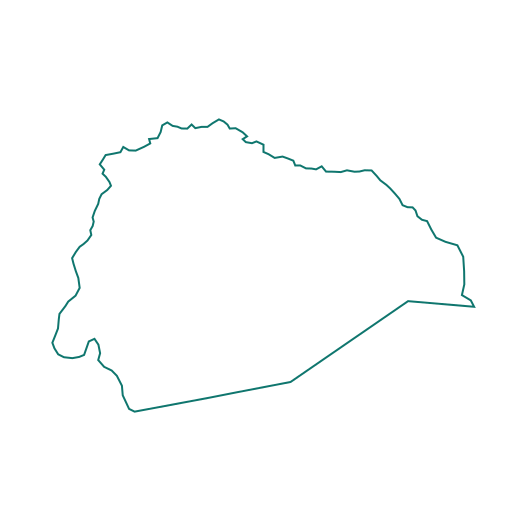 Palminópolis, Goiás, Brazil, rotated 84°
{"feature_id": "56859067B71673354541493", "entity_name": "Palminópolis", "entity_type": "district", "adm_level": 2, "iso_a3": "BRA", "parent_name": "Brazil", "parent_adm1": "Goiás", "projection": "robinson", "projection_center": [-50.228, -16.81], "detail": "fine", "context": "isolated", "style": "outline", "palette": "teal", "viewbox_px": 512, "rotation_deg": 84, "n_neighbors": 0, "source": "geoboundaries", "source_scale": "gbopen_adm2", "svg_char_len": 1770}
<svg xmlns="http://www.w3.org/2000/svg" viewBox="0 0 512 512"><g transform="rotate(84 256 256)"><path d="M142.1,243.6L143.4,248.2L141.7,254.2L138.4,257.0L136.1,252.4L131.6,256.3L126.8,262.9L126.5,268.8L122.4,270.6L118.8,274.1L116.3,278.6L119.4,285.3L122.5,290.7L121.9,296.8L122.5,303.0L118.5,306.3L122.1,311.0L121.4,316.7L119.2,320.6L117.9,325.3L113.9,330.2L116.3,335.6L122.8,337.9L128.5,341.6L128.5,350.1L133.0,349.4L135.7,355.9L138.6,364.6L137.7,371.2L133.7,376.6L138.6,380.0L139.3,387.0L139.9,395.0L144.1,398.2L148.5,401.8L154.3,397.9L158.1,400.0L161.5,397.1L167.1,394.0L171.0,392.9L174.8,397.0L178.4,403.1L182.8,405.9L187.7,407.5L194.3,411.6L200.6,414.5L204.8,413.8L209.1,415.3L213.0,418.1L217.9,417.6L223.0,422.0L226.1,426.3L228.4,430.4L233.1,434.7L238.9,439.1L244.6,438.3L252.1,436.8L259.3,435.0L269.3,434.7L276.6,439.6L281.7,447.5L285.9,450.8L293.0,457.5L298.1,458.7L307.4,460.5L314.2,464.0L321.0,467.6L326.8,466.1L333.1,463.0L336.6,457.6L338.4,449.3L337.9,442.4L336.4,437.3L323.5,431.2L321.5,425.3L327.7,422.0L336.4,421.2L343.0,423.8L350.4,418.6L354.8,411.5L360.6,406.9L371.0,402.9L380.6,403.1L394.8,398.2L398.1,393.0L394.0,341.7L392.0,316.7L389.5,288.9L384.9,234.8L316.8,109.5L329.3,44.4L322.6,47.0L316.4,55.3L306.0,51.8L293.0,50.6L278.4,50.0L266.4,54.6L261.7,66.1L256.6,75.0L248.0,78.9L239.2,82.2L237.3,87.2L233.3,91.3L227.4,92.6L224.0,95.2L223.3,100.2L220.8,104.9L214.2,107.4L208.5,111.3L202.8,115.5L199.0,118.8L193.7,124.5L189.0,127.6L183.0,132.1L182.1,139.0L182.8,144.3L182.5,149.2L180.3,156.6L181.4,162.9L180.3,169.9L179.4,177.5L173.7,181.3L176.1,187.2L174.8,191.8L174.1,197.1L170.6,202.5L170.1,207.5L165.1,208.9L162.3,214.2L159.9,219.2L160.4,227.2L156.1,232.8L153.3,237.7L146.1,236.9L142.1,243.6Z" fill="none" stroke="#0f766e" stroke-width="2"/></g></svg>